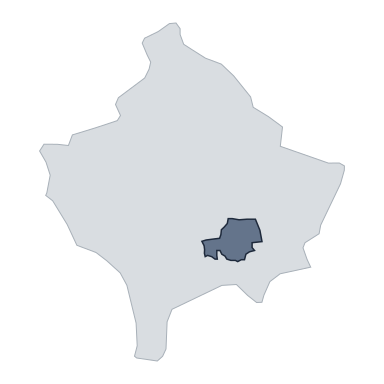 Uroševac on a map of Kosovo (Mercator projection)
{"feature_id": "KOS-5913", "entity_name": "Uroševac", "entity_type": "District", "adm_level": 1, "iso_a3": "XKX", "parent_name": "Kosovo", "parent_adm1": "", "projection": "mercator", "projection_center": [21.096, 42.361], "detail": "fine", "context": "in_parent", "style": "filled", "palette": "slate", "viewbox_px": 384, "rotation_deg": 0, "n_neighbors": 0, "source": "natural_earth", "source_scale": "10m", "svg_char_len": 1505}
<svg xmlns="http://www.w3.org/2000/svg" viewBox="0 0 384 384"><path d="M95.3,127.9L117.3,120.6L120.5,115.5L115.5,104.5L118.4,97.7L144.7,78.0L149.1,69.1L150.7,62.1L147.1,54.8L142.2,43.1L144.6,38.2L158.3,31.5L169.4,23.6L176.0,23.0L180.1,28.7L180.1,34.5L183.7,44.3L191.9,49.6L205.5,58.2L221.3,64.1L233.7,75.9L250.6,96.9L253.2,107.3L268.4,116.6L282.5,127.0L280.3,146.3L328.4,163.1L339.3,163.0L344.4,165.9L344.3,170.3L340.5,183.8L320.7,225.1L319.1,233.7L305.0,242.7L303.0,247.8L307.0,259.2L310.7,267.2L310.4,267.2L280.1,273.8L269.9,281.6L263.9,295.2L261.9,302.3L256.6,302.5L247.7,295.5L236.4,284.5L221.8,285.4L172.0,309.3L167.1,321.8L166.0,349.0L162.6,356.3L157.3,361.0L136.7,358.0L134.5,356.2L137.2,345.8L136.1,323.1L126.9,285.3L120.2,272.9L106.6,260.6L96.0,252.5L76.9,245.3L67.2,224.5L52.7,200.8L45.7,195.4L46.8,193.0L50.2,175.2L46.0,162.1L39.6,151.0L44.0,144.2L57.4,144.3L68.4,145.5L72.4,134.9L95.3,127.9Z" fill="#d9dde1" stroke="#a8b0b8" stroke-width="1"/><path d="M230.9,260.4L226.8,259.1L225.0,256.1L221.8,254.2L220.0,250.5L216.8,250.5L216.8,255.5L217.3,259.1L215.0,259.1L211.8,256.7L207.6,255.4L205.2,256.6L204.4,253.3L204.6,249.6L204.1,245.7L201.9,241.3L206.1,240.0L214.6,238.9L219.6,238.3L220.9,234.6L221.4,229.7L224.1,227.2L227.3,223.5L228.2,218.6L232.2,218.6L239.1,219.8L247.2,219.2L255.4,219.2L259.9,230.3L262.0,241.6L252.1,242.7L252.1,247.6L254.5,250.5L249.5,251.8L245.9,254.2L244.5,259.7L241.3,259.7L237.7,261.6L235.4,260.4L230.9,260.4Z" fill="#64748b" stroke="#1e293b" stroke-width="1.5"/></svg>